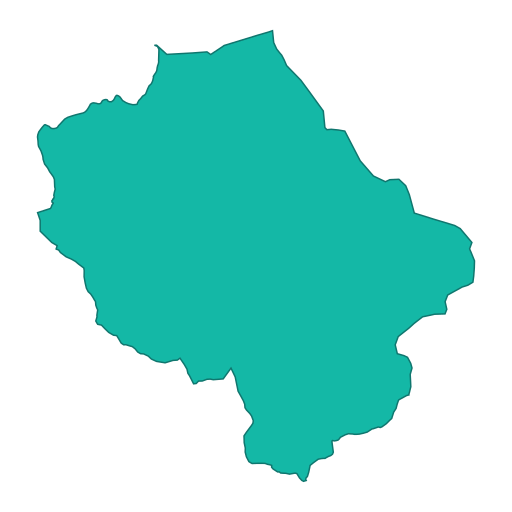 Plescuta, Arad, Romania (Albers equal-area conic projection)
{"feature_id": "2599482B61695336693278", "entity_name": "Plescuta", "entity_type": "district", "adm_level": 2, "iso_a3": "ROU", "parent_name": "Romania", "parent_adm1": "Arad", "projection": "albers", "projection_center": [22.429, 46.276], "detail": "fine", "context": "isolated", "style": "filled", "palette": "teal", "viewbox_px": 512, "rotation_deg": 0, "n_neighbors": 0, "source": "geoboundaries", "source_scale": "gbopen_adm2", "svg_char_len": 4549}
<svg xmlns="http://www.w3.org/2000/svg" viewBox="0 0 512 512"><path d="M408.9,394.9L408.8,394.6L409.1,393.4L409.5,392.1L410.0,389.9L410.8,386.8L410.6,382.1L410.2,374.4L412.0,368.0L410.7,363.3L407.5,357.3L403.9,355.6L397.3,353.7L395.2,344.8L398.2,336.6L401.2,334.2L408.7,328.3L410.6,326.6L414.0,323.5L422.6,316.8L431.2,315.0L434.7,314.2L445.0,313.9L446.8,309.3L445.1,301.7L447.7,295.0L462.2,287.0L465.1,286.1L467.9,285.2L472.9,282.2L473.7,276.1L474.3,267.9L474.5,260.8L470.9,251.9L470.0,249.9L469.6,248.8L469.7,248.5L471.3,244.1L471.9,242.5L460.2,228.6L456.3,226.4L454.7,225.5L433.8,219.2L430.3,218.1L414.3,213.1L409.3,194.6L405.7,185.7L398.9,179.3L389.8,179.7L385.4,181.7L373.4,176.0L360.2,160.8L344.8,131.1L338.4,130.0L331.2,129.3L326.9,129.7L324.9,127.6L323.3,111.0L310.1,92.8L300.9,80.3L286.6,65.6L284.1,59.8L281.7,55.2L279.8,53.0L276.7,49.1L273.7,42.6L272.5,30.7L268.7,32.0L257.7,35.2L224.1,45.5L222.6,46.6L210.7,54.5L207.0,51.9L192.1,53.0L166.8,54.4L159.3,47.6L157.4,45.9L156.6,45.2L154.4,45.2L154.7,45.3L155.1,45.5L155.7,45.7L156.5,46.0L157.5,46.5L157.9,46.7L158.1,46.9L157.8,47.1L158.2,47.8L158.5,48.5L158.8,49.1L158.9,49.6L158.9,50.2L158.9,51.0L158.6,60.5L158.7,62.0L158.2,64.3L157.7,65.4L157.1,68.0L157.0,69.2L156.7,70.8L155.8,72.7L154.7,74.2L153.3,76.4L153.5,77.1L153.1,78.9L152.8,80.3L152.2,82.0L151.6,83.2L151.0,84.1L149.1,85.8L147.6,89.0L145.7,93.9L144.8,94.8L142.6,96.1L140.6,98.7L138.9,100.4L137.6,102.8L137.1,104.3L134.9,104.6L132.8,104.7L131.0,104.3L128.6,103.7L125.9,102.6L123.8,101.3L122.6,100.6L120.1,97.1L118.7,96.0L117.3,95.4L116.4,95.4L115.3,96.8L114.2,99.1L113.3,100.4L111.5,101.7L109.5,101.8L107.9,101.0L107.3,99.9L106.0,99.5L104.6,99.7L103.0,100.3L102.1,101.1L101.6,102.1L100.8,103.2L100.2,103.6L99.2,103.8L98.0,103.8L96.4,103.3L94.0,102.9L93.0,102.9L91.8,103.3L90.4,104.2L89.3,106.3L87.8,108.8L86.5,110.6L84.6,112.3L83.0,113.0L79.7,113.8L76.1,114.7L72.7,115.7L67.8,117.3L64.7,119.1L62.2,121.8L60.0,124.2L58.6,125.6L57.5,127.3L56.3,128.1L54.0,128.6L51.9,128.5L50.3,127.7L49.3,126.5L45.2,124.7L44.4,124.9L42.4,127.1L40.9,129.0L38.8,131.9L37.8,134.8L37.5,137.0L38.0,140.9L38.2,144.5L38.6,146.5L39.6,148.3L41.0,150.9L42.5,155.2L42.9,156.9L43.1,159.3L44.6,164.0L47.7,168.0L49.7,171.8L51.0,173.5L53.4,176.9L54.4,179.4L54.7,186.7L55.2,189.1L54.4,192.2L53.8,195.3L54.2,196.9L53.8,197.9L53.7,198.2L53.6,198.8L52.8,199.1L52.6,200.0L51.9,200.7L52.0,202.1L53.1,202.9L53.2,203.0L53.2,203.4L52.3,204.5L51.5,206.3L51.2,207.3L50.6,208.2L50.4,208.5L37.6,212.6L40.2,220.4L40.2,231.2L51.8,242.5L57.1,245.6L56.7,247.3L56.1,249.0L56.6,249.3L57.9,249.7L58.6,250.0L59.1,250.6L60.4,252.5L66.1,256.8L71.4,259.1L75.4,261.4L78.6,264.1L83.8,268.0L84.2,270.5L84.1,276.8L85.2,283.0L86.4,288.2L88.2,291.7L90.7,294.0L92.8,297.1L94.4,299.9L95.5,301.6L95.8,305.1L96.7,307.8L97.7,309.9L96.9,315.1L97.0,316.9L95.8,321.0L97.0,323.2L97.7,324.3L101.5,325.1L104.9,328.7L108.7,332.4L113.5,335.2L116.7,335.6L118.3,338.2L121.2,343.1L123.7,344.8L125.9,344.7L129.7,345.9L132.3,346.6L135.2,348.9L137.7,352.0L140.6,353.7L143.6,353.9L148.3,356.1L151.3,359.0L156.5,361.4L160.2,362.0L165.1,362.8L173.0,360.4L177.3,360.1L180.0,358.2L184.3,364.5L187.0,369.2L187.9,373.3L189.5,375.7L193.6,383.8L196.2,383.5L198.5,381.1L202.3,381.0L206.9,379.3L210.2,379.1L213.3,379.7L223.2,378.9L231.0,368.1L235.2,376.9L238.1,391.2L240.8,396.0L243.4,400.8L244.7,404.2L245.0,407.7L246.5,410.0L249.9,413.6L251.6,416.1L253.3,420.7L252.9,423.3L251.2,425.9L249.9,427.6L246.4,432.3L244.0,435.9L244.1,438.7L244.2,442.7L245.3,448.0L245.2,452.1L246.4,456.8L248.9,461.6L250.8,462.8L252.1,463.5L257.4,463.3L262.2,463.3L265.1,463.4L267.5,464.3L270.0,464.8L271.7,465.4L271.6,467.2L273.0,468.9L275.6,470.6L277.6,471.9L279.4,471.9L280.6,473.0L283.2,473.2L285.8,473.3L289.5,474.1L295.1,473.1L296.9,473.6L297.8,475.1L299.3,477.6L299.5,477.9L301.8,480.4L303.4,481.2L303.5,481.3L306.2,480.5L305.7,479.5L306.0,478.0L307.4,476.5L308.7,472.2L309.7,467.4L310.1,465.4L313.7,462.5L318.2,459.2L321.2,458.6L323.3,458.4L325.0,458.4L326.1,457.7L328.5,456.4L330.7,455.6L332.5,454.2L333.3,452.2L332.0,442.2L332.0,441.0L332.6,440.5L334.3,440.9L336.3,440.6L338.0,440.1L339.1,439.1L340.4,437.3L345.2,434.8L348.5,433.7L350.6,433.9L352.7,434.0L354.3,434.3L356.6,434.3L359.3,434.1L363.4,433.2L367.2,432.1L371.9,429.0L373.3,428.7L377.2,427.4L378.1,427.0L378.8,427.1L380.3,427.5L382.0,426.8L386.3,423.7L388.1,421.9L389.9,420.1L391.7,418.5L392.5,415.9L393.7,412.1L396.1,408.4L397.1,404.4L398.5,400.2L399.2,399.6L404.5,396.7L406.3,395.7L406.6,395.5L406.8,395.5L408.9,394.9Z" fill="#14b8a6" stroke="#0f766e" stroke-width="1.5"/></svg>